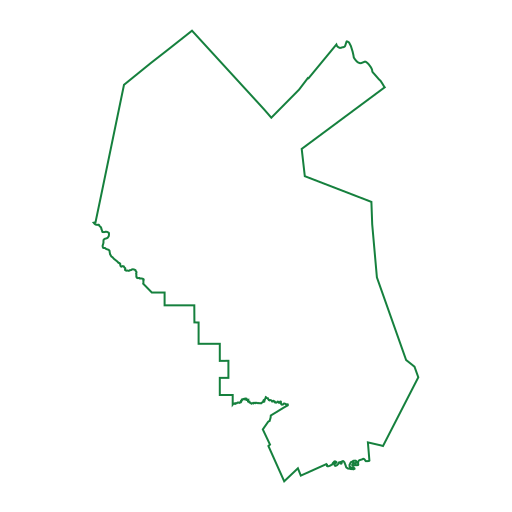 Anáhuac, Nuevo León, Mexico (orthographic projection)
{"feature_id": "50627088B57971111763522", "entity_name": "Anáhuac", "entity_type": "district", "adm_level": 2, "iso_a3": "MEX", "parent_name": "Mexico", "parent_adm1": "Nuevo León", "projection": "orthographic", "projection_center": [-100.048, 27.323], "detail": "fine", "context": "isolated", "style": "outline", "palette": "green", "viewbox_px": 512, "rotation_deg": 0, "n_neighbors": 0, "source": "geoboundaries", "source_scale": "gbopen_adm2", "svg_char_len": 5968}
<svg xmlns="http://www.w3.org/2000/svg" viewBox="0 0 512 512"><path d="M93.7,222.7L94.5,223.7L94.8,223.9L94.9,224.1L95.7,224.6L96.1,224.6L97.1,224.9L98.5,224.7L98.8,224.8L99.1,225.1L99.1,225.4L99.7,226.2L100.0,226.5L100.7,227.0L101.0,227.5L101.4,228.5L101.3,228.8L101.4,229.1L102.1,230.7L102.2,231.5L102.5,232.0L103.9,232.1L105.0,232.0L105.7,231.7L105.9,231.7L106.4,231.8L107.1,231.9L108.5,232.6L108.9,233.0L109.0,234.1L108.8,236.0L107.8,237.6L107.3,238.0L106.0,238.5L104.8,238.8L104.2,239.2L103.6,239.9L103.5,240.2L103.5,241.0L103.4,242.1L103.5,242.7L102.6,245.8L102.7,246.7L103.0,247.6L103.1,247.8L103.6,248.0L104.9,248.0L106.2,249.0L108.6,249.8L109.2,250.4L109.6,251.0L109.6,251.7L109.9,253.3L110.0,253.5L110.1,254.4L110.6,255.0L110.8,255.6L111.5,256.6L112.5,257.2L113.9,258.8L117.2,261.4L117.8,262.1L118.2,262.3L118.4,262.8L119.1,263.1L119.4,263.0L119.7,263.2L120.2,263.9L120.1,264.1L120.5,265.9L121.1,266.6L121.4,266.7L121.5,266.7L122.1,266.3L122.7,266.1L123.8,266.4L124.3,267.4L125.2,268.2L125.3,268.9L125.0,269.7L125.1,270.0L125.6,270.2L126.2,270.7L127.3,270.5L128.4,270.8L128.8,270.8L129.4,270.6L129.8,270.2L130.5,270.2L131.4,269.9L132.0,269.4L132.4,269.3L133.8,269.4L135.4,270.1L135.6,270.8L136.1,271.4L136.5,272.1L136.4,272.4L136.4,273.0L136.2,273.3L136.1,273.8L136.4,274.5L136.3,275.9L136.4,276.6L136.5,276.7L136.4,276.9L136.9,277.8L137.7,278.1L139.4,278.0L140.0,278.6L140.9,278.4L142.6,278.7L143.4,279.1L143.6,279.3L143.7,279.9L143.3,280.2L143.4,281.3L143.4,283.7L143.3,283.8L151.8,292.5L164.6,292.5L164.6,305.3L194.3,305.3L194.4,322.4L198.6,322.5L198.6,343.8L219.8,343.8L219.8,344.4L219.8,344.5L219.8,360.9L228.4,360.8L228.4,377.9L219.8,377.9L219.8,395.0L232.7,395.0L232.7,404.6L233.5,403.6L234.1,403.5L234.5,403.8L235.2,403.9L235.4,403.8L235.5,403.2L235.8,403.2L236.2,403.4L236.7,403.1L237.0,403.1L237.5,402.6L237.9,402.5L238.7,402.5L239.2,402.9L239.7,402.8L240.3,402.1L240.8,402.3L241.0,402.1L240.9,401.8L241.1,401.6L241.0,401.4L241.0,401.0L241.5,400.9L242.0,400.3L242.1,400.0L241.7,399.9L241.8,399.5L243.4,399.0L243.7,399.1L244.0,399.4L244.6,399.3L244.7,399.1L244.6,398.8L244.6,398.7L245.7,398.5L246.2,398.6L246.2,399.1L247.1,399.4L247.1,399.6L246.5,399.9L246.5,400.0L247.5,400.0L247.8,399.8L248.0,399.8L248.1,400.1L248.3,400.0L248.3,400.6L247.9,400.6L248.0,400.9L248.0,401.5L248.5,401.7L249.5,401.7L249.6,402.0L249.4,402.1L249.4,402.3L249.8,402.4L250.0,402.7L250.4,403.1L250.7,403.1L251.2,403.3L251.5,403.6L252.0,403.2L252.8,403.3L253.1,403.2L253.4,403.4L253.6,403.2L253.6,402.9L253.8,402.9L253.9,403.1L254.2,403.1L254.9,402.8L255.1,402.8L255.4,403.1L255.9,402.8L256.4,402.9L256.8,402.8L257.1,403.0L258.0,403.2L258.3,403.2L258.8,403.0L259.2,403.2L261.1,403.3L261.3,403.0L261.5,403.0L262.8,401.9L263.6,401.9L264.3,401.6L264.4,401.1L264.5,400.7L264.2,400.7L263.8,400.9L263.5,400.9L263.4,400.8L263.5,400.4L264.0,399.9L264.7,399.9L265.3,398.5L265.9,397.8L265.7,397.3L265.8,397.1L266.1,397.3L266.2,397.7L266.4,398.0L267.9,398.3L268.0,398.9L268.5,399.4L268.7,399.8L268.9,400.1L269.4,400.3L269.5,400.1L269.9,400.0L270.9,400.2L271.6,400.7L272.1,401.5L272.4,401.5L273.1,400.9L273.5,400.8L274.0,401.1L274.1,401.5L274.7,401.5L274.9,401.7L274.8,402.1L274.9,402.4L276.1,402.7L277.1,402.2L277.6,401.6L277.8,401.6L278.3,401.8L278.6,402.2L278.6,402.5L278.8,402.7L279.1,402.6L279.4,402.7L279.4,402.4L280.2,401.6L280.4,401.5L280.7,401.5L280.9,401.7L280.9,402.7L281.2,403.6L281.2,404.1L281.6,404.6L282.8,404.6L283.2,404.3L283.8,403.6L284.0,403.5L284.7,403.6L285.6,404.0L285.9,404.4L286.2,404.5L286.7,404.5L286.9,404.3L287.3,404.3L287.7,404.3L287.8,404.5L287.9,405.1L287.6,405.5L286.4,406.1L283.4,407.8L270.8,415.5L270.6,417.6L269.6,421.0L268.8,421.3L268.2,421.7L262.8,429.4L270.0,444.6L268.4,446.0L284.2,481.3L297.9,468.3L300.8,475.6L326.2,464.2L326.3,464.1L326.8,464.5L327.0,464.7L327.0,465.2L326.9,465.7L327.0,466.0L327.7,466.3L328.6,466.2L330.5,465.5L331.3,464.9L332.2,464.5L332.5,463.9L332.9,463.0L333.7,462.3L334.0,461.8L334.5,461.4L335.2,461.4L335.5,461.5L336.4,462.1L336.5,462.3L336.2,462.7L334.5,463.8L334.3,464.1L334.4,464.8L334.7,465.2L334.9,465.3L335.2,465.9L335.4,465.9L336.6,465.4L337.1,465.1L338.7,463.4L338.8,463.1L338.9,462.6L339.0,462.4L339.7,462.3L340.3,462.0L340.7,462.1L340.9,462.5L340.8,463.6L341.0,463.7L341.4,463.6L341.8,462.7L341.6,462.0L341.7,461.7L342.3,461.2L343.2,461.1L343.6,461.4L344.4,462.3L345.8,465.9L345.8,466.0L346.0,466.8L346.4,467.5L348.1,468.6L349.4,468.6L350.5,469.0L351.8,469.1L352.0,469.1L352.2,468.9L352.4,469.0L353.5,469.3L354.5,468.8L354.5,468.4L354.3,468.2L353.7,467.7L353.3,467.6L352.8,467.6L351.8,467.8L351.2,467.7L350.5,467.1L349.9,466.9L349.6,466.5L349.6,465.7L349.5,465.3L349.5,464.9L350.3,463.4L350.4,463.0L350.9,462.3L351.3,461.9L351.8,461.8L353.0,462.0L353.1,461.8L352.9,461.3L353.1,460.9L353.9,460.7L354.1,460.8L354.7,460.7L355.6,460.7L356.0,460.9L356.1,461.1L356.3,462.4L356.1,462.9L355.8,463.2L354.4,463.1L353.4,463.4L352.9,463.8L352.2,464.8L352.3,465.3L352.5,465.5L353.8,465.5L355.0,465.1L356.2,465.2L357.8,465.1L358.1,465.0L358.2,464.8L358.3,464.3L358.0,463.2L358.2,462.3L358.1,461.6L358.4,461.2L359.0,460.5L359.4,460.2L362.1,459.4L363.2,458.8L363.8,458.9L364.6,459.5L365.5,460.8L365.8,461.1L368.0,461.1L369.1,460.9L369.4,460.6L367.9,442.4L380.5,445.3L383.0,446.0L418.3,377.3L414.5,366.7L406.1,360.0L376.9,277.4L372.2,224.3L371.4,201.9L304.8,176.2L301.7,148.9L384.7,87.3L384.2,86.7L382.6,84.0L380.6,80.9L378.8,79.2L377.7,77.9L372.6,72.1L372.3,71.4L372.1,70.0L371.8,69.1L370.9,67.3L368.7,64.3L367.3,62.9L365.8,61.8L365.0,61.6L361.2,63.1L360.2,63.2L359.7,63.1L358.2,62.5L357.4,62.0L356.0,60.6L354.6,58.8L353.8,57.5L353.4,55.1L352.6,51.6L350.9,46.1L349.2,42.8L348.9,42.4L347.6,41.6L346.9,41.4L346.7,41.4L346.5,41.7L345.1,46.0L344.5,46.7L343.4,47.2L342.3,47.3L341.0,47.8L340.0,47.9L339.5,47.8L337.9,46.9L336.9,45.9L336.4,44.5L308.5,78.3L307.9,78.0L299.0,89.7L271.3,117.7L264.1,109.4L192.0,30.7L168.2,49.5L151.0,62.9L124.0,84.8L101.0,196.0L95.5,222.3L93.7,222.7Z" fill="none" stroke="#15803d" stroke-width="2"/></svg>